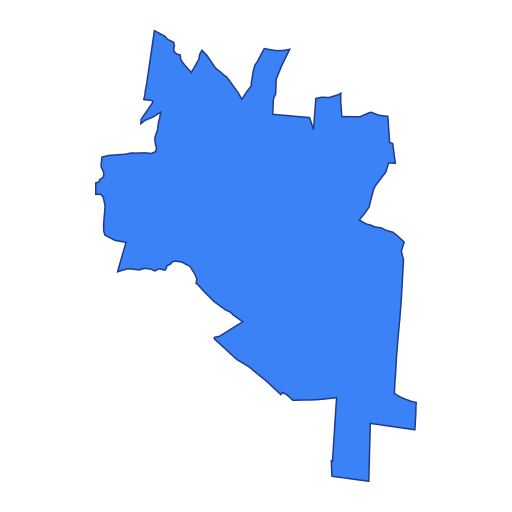 Cantamayec, Yucatán, Mexico
{"feature_id": "50627088B95910287491923", "entity_name": "Cantamayec", "entity_type": "district", "adm_level": 2, "iso_a3": "MEX", "parent_name": "Mexico", "parent_adm1": "Yucatán", "projection": "equal_earth", "projection_center": [-89.083, 20.414], "detail": "fine", "context": "isolated", "style": "filled", "palette": "blue", "viewbox_px": 512, "rotation_deg": 0, "n_neighbors": 0, "source": "geoboundaries", "source_scale": "gbopen_adm2", "svg_char_len": 4457}
<svg xmlns="http://www.w3.org/2000/svg" viewBox="0 0 512 512"><path d="M174.0,42.8L173.1,42.0L172.6,41.8L171.0,41.0L167.6,39.4L164.7,36.1L154.4,30.7L146.8,82.7L145.0,92.5L145.2,93.2L144.2,97.9L143.7,99.5L144.6,99.8L145.8,99.7L146.3,99.8L146.8,100.0L147.7,100.1L148.7,100.0L149.6,100.1L150.2,100.1L151.6,100.6L152.4,101.0L152.9,101.2L152.1,103.4L141.2,119.2L140.8,123.7L145.1,120.3L152.8,117.1L160.7,112.2L160.4,114.5L160.0,116.1L159.9,117.1L159.7,117.9L159.4,119.2L159.0,120.4L158.7,121.6L158.6,122.2L158.3,123.6L158.2,124.5L158.1,125.9L157.7,127.6L157.7,128.4L157.5,129.4L157.4,130.2L157.2,131.1L157.0,131.6L156.6,132.3L156.3,133.3L155.9,134.7L155.4,135.8L155.1,137.1L155.0,137.9L154.9,140.3L155.0,140.9L155.3,142.8L155.5,144.2L155.7,145.1L156.2,146.5L156.4,147.4L156.4,147.6L156.1,149.8L156.0,150.4L155.8,150.8L155.3,151.8L151.2,153.5L150.6,153.4L144.5,152.8L142.6,152.9L140.3,153.0L135.2,153.1L133.1,153.0L130.9,153.0L125.9,154.2L124.3,154.3L120.3,154.6L119.3,154.7L111.8,155.2L108.8,155.4L101.9,157.1L101.0,166.3L103.9,173.1L103.5,174.7L103.8,176.6L99.7,179.7L98.9,182.1L98.6,182.1L95.8,182.8L95.7,194.3L100.6,194.3L103.1,196.8L103.5,198.3L104.4,202.6L105.1,205.9L104.3,215.8L103.6,224.4L103.7,230.6L104.9,235.1L115.0,240.4L126.0,242.4L122.1,255.9L120.5,261.3L117.6,271.8L121.9,270.4L123.1,270.1L127.3,268.9L130.5,268.9L139.1,269.9L139.7,269.9L140.5,269.6L141.4,269.2L142.4,269.0L142.9,268.7L143.5,268.7L144.3,268.6L145.2,268.4L145.9,268.4L147.0,268.7L147.6,268.8L148.2,268.9L149.5,268.8L151.8,269.5L153.2,270.2L154.9,270.9L156.3,270.3L158.4,269.0L159.0,269.0L160.4,269.0L162.6,269.6L164.0,270.0L164.5,270.1L165.1,270.1L165.6,269.4L166.1,268.6L166.4,267.9L166.6,266.9L167.0,265.8L167.9,265.6L168.9,264.6L169.3,264.5L170.0,264.5L170.3,264.2L170.7,263.9L171.3,263.2L171.5,262.7L172.1,262.1L172.7,261.7L173.2,261.6L173.8,261.5L174.3,261.4L175.6,261.1L176.5,261.3L177.1,261.4L178.7,261.6L179.2,261.6L179.8,261.6L180.6,261.9L181.8,262.2L182.6,262.3L183.0,262.5L183.6,263.0L184.4,263.5L185.4,264.0L185.9,264.3L186.4,264.7L187.4,264.9L187.9,265.3L189.2,265.8L190.2,266.7L194.8,274.0L196.8,278.8L196.1,283.5L197.9,284.7L203.3,290.8L213.9,301.4L217.7,304.2L225.5,309.9L230.2,312.1L232.0,313.5L232.5,314.5L242.8,321.8L236.4,325.7L219.1,336.5L214.4,337.3L214.3,338.8L236.8,359.5L238.3,360.4L249.3,367.0L255.0,371.9L266.3,381.0L280.2,394.0L280.9,394.7L281.3,394.1L282.3,392.4L283.2,393.0L283.6,393.2L284.4,393.5L284.9,393.7L285.6,393.9L286.1,394.3L287.0,395.0L287.3,395.3L288.6,396.4L289.1,396.8L289.8,397.5L290.3,398.0L291.3,398.9L292.2,399.7L292.8,400.3L300.6,400.1L304.3,400.0L305.7,400.0L305.9,400.0L306.2,400.0L306.3,400.0L307.6,400.0L311.7,399.9L315.3,399.8L316.6,399.7L317.6,399.6L318.5,399.6L319.5,399.5L319.8,399.4L321.3,399.3L323.2,399.2L323.8,399.1L324.3,399.0L335.0,397.9L336.6,397.7L336.4,400.4L332.5,460.9L331.3,460.7L331.9,476.2L334.4,476.6L362.3,480.4L368.8,481.3L370.3,423.4L406.0,428.5L414.9,429.8L415.1,426.4L415.9,411.7L415.9,407.0L416.1,404.5L416.3,402.5L412.9,401.7L410.9,401.2L406.9,399.7L403.4,398.4L400.0,396.8L396.9,395.0L394.4,393.4L394.8,385.1L395.0,380.5L395.4,376.7L396.7,354.0L396.8,353.0L397.9,339.6L399.9,317.5L401.3,299.7L403.5,259.7L401.3,251.2L404.2,242.0L396.1,234.7L392.8,232.2L386.0,230.3L381.1,227.8L375.1,227.0L370.2,224.9L367.6,224.4L364.5,223.1L359.3,219.9L364.3,213.9L369.0,207.2L371.9,195.8L373.8,188.8L374.6,187.6L374.9,186.4L385.8,172.1L388.6,162.9L395.3,163.3L392.7,143.5L389.6,142.4L387.8,116.3L381.6,115.7L379.8,115.4L379.1,115.3L371.2,112.3L370.5,112.5L369.2,112.7L359.9,116.8L341.8,116.6L340.7,101.2L340.7,98.1L340.7,97.8L340.8,94.6L340.8,93.2L339.0,94.5L328.8,97.6L321.9,97.2L315.8,98.5L315.7,101.0L313.5,129.6L309.6,117.6L272.6,114.3L273.0,109.2L273.2,101.2L273.4,99.8L273.9,97.4L275.6,94.3L276.2,79.1L281.6,65.9L289.7,49.3L283.2,50.5L275.9,50.6L264.2,48.6L257.0,62.3L255.2,64.6L254.3,67.2L253.8,69.2L253.1,71.8L251.2,83.9L251.5,85.4L248.8,89.1L248.7,89.2L247.6,90.5L241.8,99.2L237.9,92.4L229.3,80.5L227.8,78.4L226.4,76.8L224.5,75.6L221.8,73.1L215.4,67.9L207.1,55.7L202.0,50.2L199.7,54.3L198.9,59.0L197.7,61.3L191.2,72.7L189.9,70.8L188.8,69.7L188.3,69.2L187.4,68.1L186.8,67.4L186.3,66.9L185.2,65.8L184.8,65.3L184.4,64.8L183.7,63.7L182.8,62.6L182.2,61.7L180.7,59.7L180.7,59.0L180.2,54.9L179.9,54.7L179.3,54.7L178.1,54.5L176.8,53.9L175.4,53.0L175.0,52.3L174.5,51.9L173.9,51.4L173.9,49.5L173.8,48.7L173.9,47.2L174.5,45.7L174.1,44.7L173.9,43.7L174.0,42.8Z" fill="#3b82f6" stroke="#1e3a8a" stroke-width="1.5"/></svg>